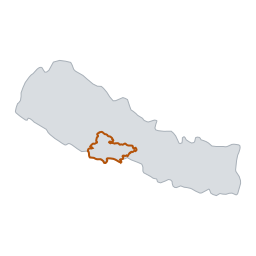 Lumbini highlighted on a map of Nepal
{"feature_id": "NPL-1127", "entity_name": "Lumbini", "entity_type": "Administrative Zone", "adm_level": 1, "iso_a3": "NPL", "parent_name": "Nepal", "parent_adm1": "", "projection": "natural_earth1", "projection_center": [83.543, 27.795], "detail": "fine", "context": "in_parent", "style": "outline", "palette": "amber", "viewbox_px": 256, "rotation_deg": 0, "n_neighbors": 0, "source": "natural_earth", "source_scale": "10m", "svg_char_len": 4996}
<svg xmlns="http://www.w3.org/2000/svg" viewBox="0 0 256 256"><path d="M238.8,144.9L239.9,145.8L240.1,147.3L239.9,149.0L238.8,152.6L237.7,155.1L236.6,160.4L235.6,169.6L235.8,171.3L239.2,176.5L240.5,180.6L240.6,183.4L239.3,188.0L237.8,193.3L237.0,194.5L236.1,194.9L232.0,193.1L229.2,193.3L226.0,194.3L222.7,194.1L219.9,193.5L216.4,195.6L213.0,194.5L210.9,193.2L209.4,189.5L208.8,189.1L201.7,192.9L200.0,193.1L195.6,191.1L192.0,189.0L190.7,188.4L187.2,187.6L184.1,187.2L180.7,185.9L176.4,187.6L174.7,187.4L173.1,186.2L172.3,183.8L172.1,181.5L170.6,179.9L168.4,179.5L165.3,181.0L160.7,182.8L159.3,182.5L157.9,182.0L157.4,181.5L156.8,179.3L156.1,178.8L155.0,178.7L153.1,178.2L150.8,176.6L143.8,172.8L142.9,171.1L142.9,167.3L142.5,165.8L141.7,164.1L138.1,162.5L131.1,159.8L127.2,157.6L125.4,158.6L121.9,159.5L120.0,161.5L117.7,160.8L112.3,158.8L109.3,158.5L107.6,159.2L107.2,160.4L105.0,161.7L102.9,160.6L98.7,159.2L95.1,158.4L89.5,156.7L88.9,154.1L88.0,151.5L86.6,151.1L81.7,151.6L77.2,148.7L72.3,145.1L70.2,143.9L68.8,143.5L67.7,143.9L66.3,144.8L65.1,145.0L62.4,143.5L59.1,141.2L54.9,138.5L50.1,134.6L48.1,132.5L47.2,130.8L46.2,129.3L42.0,126.8L38.7,124.8L34.6,122.4L34.0,122.0L32.5,120.5L30.1,118.7L28.2,118.2L27.6,119.2L27.1,120.2L25.5,120.0L22.9,118.2L20.2,116.3L18.0,114.5L15.9,112.7L15.4,111.3L16.3,107.2L17.6,103.6L18.7,102.8L20.5,100.4L21.1,96.3L21.1,92.8L22.9,87.8L25.3,82.4L29.4,76.8L31.2,74.9L33.1,73.6L36.9,69.4L37.7,68.7L39.3,67.6L41.0,67.3L42.2,67.9L43.4,70.1L44.9,72.2L46.7,72.0L48.9,70.3L53.4,62.1L59.6,60.4L65.5,61.2L70.7,62.4L72.2,65.2L73.2,68.0L73.8,69.5L75.5,71.2L82.9,75.4L87.1,79.1L93.0,84.0L97.4,86.2L101.3,86.4L103.5,88.3L106.8,92.2L109.6,96.7L113.1,100.8L115.6,100.7L118.9,99.3L122.9,97.6L125.3,98.4L127.5,99.6L128.2,101.7L129.5,105.8L131.0,109.9L133.3,111.4L136.0,113.6L137.6,115.3L142.7,118.4L143.4,119.7L144.5,120.6L145.7,121.1L146.8,121.7L148.4,122.0L154.3,120.1L155.9,120.3L156.8,120.7L156.8,121.4L155.8,124.3L154.9,128.1L155.8,129.9L158.3,130.7L163.8,131.3L171.2,131.2L173.5,133.2L175.7,136.0L178.0,140.9L178.9,143.0L180.1,143.6L182.0,142.8L182.3,140.7L182.4,137.8L184.0,136.7L185.0,137.5L186.2,139.8L189.3,141.9L191.6,143.0L193.7,142.6L194.6,141.8L195.6,137.7L197.2,137.1L199.3,137.4L200.2,138.2L201.0,139.8L203.6,140.6L206.1,141.6L208.5,143.0L211.9,146.0L216.1,146.5L220.9,146.5L223.4,146.5L225.3,146.8L227.0,146.6L231.9,144.4L233.9,144.2L236.4,144.5L238.8,144.9Z" fill="#d9dde1" stroke="#a8b0b8" stroke-width="1"/><path d="M122.5,159.0L121.9,159.2L120.6,159.3L120.1,159.6L120.3,160.1L121.1,161.1L121.2,161.4L121.3,161.7L121.3,162.0L121.0,162.1L120.9,162.2L120.7,162.6L120.5,162.4L119.2,161.9L115.4,159.6L113.3,158.8L110.3,158.4L107.7,158.3L107.0,158.6L106.8,158.9L106.8,159.4L106.8,159.7L107.2,160.4L107.2,160.8L107.0,161.2L106.4,162.2L105.9,162.7L105.4,163.0L104.8,163.0L104.1,162.8L103.9,162.5L103.7,162.0L103.4,161.3L103.0,160.9L101.6,159.7L100.6,159.2L97.2,159.3L95.5,158.8L94.2,158.0L93.5,157.8L90.0,157.5L89.4,156.7L89.1,155.5L88.9,153.0L88.5,151.7L88.0,150.8L87.9,150.8L87.9,150.7L88.1,149.7L88.3,149.3L88.4,149.1L88.6,148.9L88.8,148.8L89.1,148.6L89.6,148.4L90.0,148.4L91.4,148.5L92.6,148.1L92.0,147.4L90.7,146.7L90.3,146.4L90.5,146.1L91.4,145.0L92.7,143.8L93.3,143.6L94.0,143.8L94.3,143.8L94.7,143.7L95.0,143.6L95.8,143.1L96.8,142.7L97.0,142.4L97.0,142.0L96.9,141.8L96.7,141.6L96.4,141.4L96.3,141.1L96.2,140.6L96.4,139.5L96.6,138.6L96.9,137.4L97.7,136.7L97.9,136.5L98.0,136.2L98.0,135.8L97.9,135.5L97.3,134.7L97.2,134.4L97.3,134.1L97.5,133.7L97.8,133.4L99.1,132.8L99.4,132.3L101.6,131.9L102.1,132.0L102.6,132.3L104.2,133.7L104.7,134.1L105.1,134.2L105.8,134.2L106.2,134.4L106.8,134.7L107.2,134.9L107.4,135.2L107.6,135.6L107.9,135.9L108.3,136.2L108.7,136.3L109.5,136.4L110.0,136.5L110.4,136.7L110.7,136.9L112.0,138.0L112.2,138.5L112.1,139.1L112.3,139.4L112.5,139.5L112.7,139.4L112.9,139.5L113.3,140.4L112.9,141.2L112.0,141.7L111.0,141.9L110.2,141.6L109.7,141.6L109.3,141.9L109.1,142.3L109.4,142.6L109.8,142.9L110.3,143.2L110.6,142.9L110.9,142.8L111.7,143.0L112.5,143.0L112.9,143.0L113.3,143.2L113.6,143.2L114.6,143.6L114.8,143.6L115.3,143.3L117.6,143.2L118.2,143.3L118.7,143.6L119.5,144.5L119.9,144.7L120.1,144.7L120.8,144.4L121.1,144.4L121.5,144.4L122.2,144.6L122.6,144.7L123.2,144.5L124.5,143.7L125.2,143.6L125.7,143.9L126.7,144.8L127.3,145.2L128.5,145.5L131.0,145.5L132.2,145.7L132.6,146.0L132.8,146.4L132.8,146.8L132.9,147.4L133.0,147.6L133.4,147.9L133.5,148.2L133.5,148.5L133.8,148.7L134.1,148.7L134.4,148.6L134.7,148.2L135.1,147.9L135.6,147.8L135.8,148.1L136.2,148.7L136.4,149.3L136.5,149.7L136.4,150.2L136.2,150.5L135.4,151.1L134.6,150.7L133.9,151.1L133.2,151.7L132.4,152.0L132.0,151.9L131.6,151.9L131.3,151.8L131.0,152.0L130.5,152.8L130.1,153.1L129.7,152.9L129.1,153.7L127.9,155.7L127.6,156.1L126.6,155.4L126.1,155.8L125.4,155.9L123.6,155.6L123.2,155.6L122.8,155.9L122.6,156.2L122.6,156.4L122.9,156.6L123.5,156.6L123.3,157.1L123.1,157.5L123.1,157.9L123.1,158.3L123.0,158.6L122.6,159.0L122.5,159.0Z" fill="none" stroke="#b45309" stroke-width="2"/></svg>